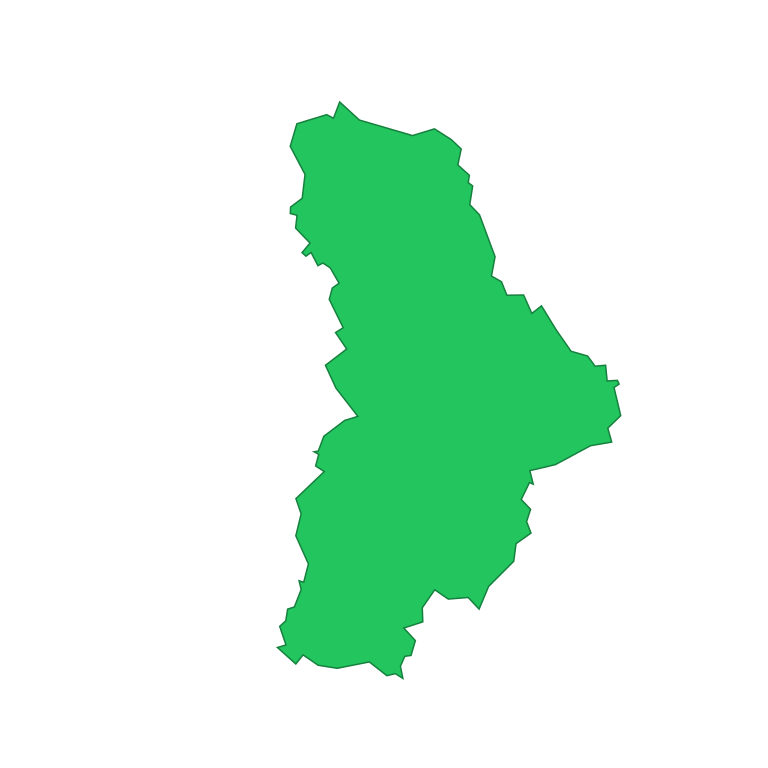 the district of Mogila, Mogila, North Macedonia, rotated 244°
{"feature_id": "65306769B16932285740052", "entity_name": "Mogila", "entity_type": "district", "adm_level": 2, "iso_a3": "MKD", "parent_name": "North Macedonia", "parent_adm1": "Mogila", "projection": "natural_earth1", "projection_center": [21.425, 41.178], "detail": "fine", "context": "isolated", "style": "filled", "palette": "green", "viewbox_px": 768, "rotation_deg": 244, "n_neighbors": 0, "source": "geoboundaries", "source_scale": "gbopen_adm2", "svg_char_len": 1479}
<svg xmlns="http://www.w3.org/2000/svg" viewBox="0 0 768 768"><g transform="rotate(244 384 384)"><path d="M356.9,562.5L385.2,559.8L382.6,547.8L402.8,548.5L409.9,533.4L424.4,534.4L433.9,527.9L449.7,539.6L494.1,544.0L507.6,539.7L523.1,550.5L528.1,548.0L534.1,552.2L548.5,546.4L561.4,556.4L574.2,551.6L591.2,541.2L594.8,518.5L632.0,477.6L656.9,467.8L645.0,455.1L651.2,450.6L656.1,419.8L638.7,403.9L607.0,404.9L586.8,391.9L584.0,377.6L578.3,374.5L573.8,379.8L562.9,372.9L543.1,379.3L538.0,367.9L533.1,369.9L534.2,376.1L519.3,376.5L519.5,382.1L511.9,386.6L494.3,387.8L492.9,379.6L484.1,371.9L452.5,372.0L451.5,363.0L431.8,365.8L426.5,339.6L401.3,339.0L366.4,346.3L368.5,332.6L363.4,307.0L352.5,295.5L353.7,291.5L349.4,294.5L340.3,286.6L331.5,291.9L319.6,254.6L303.6,252.6L286.2,238.2L255.4,237.2L241.0,224.9L244.4,221.4L235.6,219.5L222.9,205.7L223.9,198.7L214.2,191.9L211.9,184.0L192.4,181.5L193.9,172.7L171.0,182.0L176.0,192.5L160.1,201.5L149.0,217.3L140.6,249.0L120.6,258.7L118.7,267.2L111.1,271.9L123.1,275.0L130.1,283.3L128.2,289.3L139.6,299.7L156.0,294.8L153.2,314.6L166.1,320.3L176.8,339.4L162.5,347.5L155.2,366.1L140.0,370.8L156.2,389.3L167.8,422.9L182.6,432.7L185.6,450.8L197.8,451.8L207.1,460.8L220.0,456.7L231.7,471.6L228.5,474.2L242.2,477.1L236.4,502.7L238.0,542.5L232.0,563.2L246.2,565.8L251.8,582.9L280.0,589.2L280.9,595.3L285.0,595.3L288.9,585.9L303.7,591.4L307.5,581.5L319.8,579.3L331.4,566.5L356.9,562.5Z" fill="#22c55e" stroke="#15803d" stroke-width="1.5"/></g></svg>